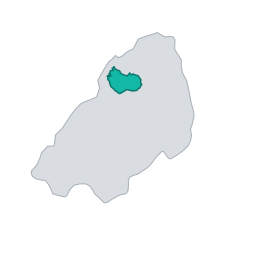 Bhutan, with Daga highlighted, rotated 130°
{"feature_id": "BTN-2434", "entity_name": "Daga", "entity_type": "District", "adm_level": 1, "iso_a3": "BTN", "parent_name": "Bhutan", "parent_adm1": "", "projection": "natural_earth1", "projection_center": [89.858, 27.036], "detail": "fine", "context": "in_parent", "style": "filled", "palette": "teal", "viewbox_px": 256, "rotation_deg": 130, "n_neighbors": 0, "source": "natural_earth", "source_scale": "10m", "svg_char_len": 2680}
<svg xmlns="http://www.w3.org/2000/svg" viewBox="0 0 256 256"><g transform="rotate(130 128 128)"><path d="M200.0,109.9L199.7,111.5L198.0,115.8L197.0,120.5L197.9,124.3L201.6,128.9L206.7,132.6L213.1,132.8L219.0,131.4L221.3,132.0L224.5,138.1L226.8,143.4L223.8,148.8L222.1,153.6L221.5,157.0L221.9,158.5L223.8,161.2L226.1,165.9L226.4,170.2L225.0,173.1L222.0,174.5L218.7,174.1L216.1,174.1L212.7,174.6L207.5,176.2L202.6,178.3L193.5,177.9L189.9,173.6L188.1,173.6L179.9,179.1L170.8,178.2L154.4,180.0L147.5,180.4L140.4,179.8L136.9,178.7L130.2,174.8L124.2,172.0L118.1,174.6L115.9,175.0L111.0,181.7L100.4,183.8L89.8,185.4L86.6,184.6L80.6,184.2L80.4,182.6L80.6,181.1L79.2,179.9L76.8,178.7L72.6,178.2L67.3,176.5L64.2,174.9L53.3,177.3L47.0,173.8L39.8,169.0L36.1,166.9L34.8,159.5L33.6,157.1L30.7,154.6L29.2,151.6L30.4,148.6L37.6,142.9L38.2,141.6L41.5,131.0L46.2,127.2L50.7,121.8L54.1,113.4L60.8,104.7L68.1,95.8L73.1,88.5L76.4,85.1L83.2,81.5L88.9,79.3L92.9,74.5L97.7,71.8L102.6,70.6L109.9,71.2L116.7,72.9L124.2,75.4L125.1,77.3L124.5,80.8L123.4,84.3L123.3,86.1L124.5,87.0L131.8,87.7L140.9,87.2L145.9,87.6L157.2,90.9L160.5,93.2L163.9,94.9L167.3,94.6L171.5,90.9L176.0,87.7L178.8,87.2L180.8,88.2L184.4,91.2L191.8,94.1L198.4,96.2L200.6,98.2L199.9,107.0L200.0,109.9Z" fill="#d9dde1" stroke="#a8b0b8" stroke-width="1"/><path d="M90.0,144.7L91.2,145.5L93.0,145.3L93.5,145.5L94.4,146.2L95.1,146.9L96.4,148.0L96.9,148.8L97.4,149.5L97.5,149.8L97.8,150.7L98.6,152.2L100.0,154.2L102.4,154.5L104.7,155.6L105.6,155.7L107.2,156.8L107.5,159.1L107.1,160.3L107.6,161.0L107.5,162.6L107.3,164.8L107.3,165.1L107.3,167.1L106.7,169.0L105.8,170.1L105.2,171.2L104.2,171.9L104.0,172.4L104.0,172.7L103.9,173.4L103.9,173.7L104.0,174.3L104.0,174.5L101.8,176.1L101.6,176.4L101.4,176.7L101.5,176.8L101.8,176.9L101.7,177.2L101.5,177.3L101.1,177.2L100.9,177.0L100.7,176.7L100.7,176.2L100.5,175.6L100.4,175.1L99.8,174.7L99.6,174.7L99.5,174.9L99.5,175.5L99.4,176.0L99.3,176.6L99.0,177.2L98.8,177.4L98.6,177.4L98.4,177.3L98.3,177.2L98.2,176.8L98.1,176.4L97.8,177.3L97.5,177.5L95.9,178.2L95.4,178.2L95.0,178.0L94.4,177.3L94.0,176.9L93.2,176.5L92.8,176.6L92.7,176.7L92.7,177.3L92.7,177.6L92.6,177.9L92.5,178.1L92.4,178.5L91.6,178.1L91.4,178.1L91.0,178.0L90.7,178.1L89.6,178.4L90.0,178.1L90.1,177.9L90.5,177.0L90.6,176.5L90.8,175.6L90.8,174.7L90.8,174.0L90.5,173.1L89.8,172.0L89.7,171.7L89.8,170.8L90.8,168.6L90.0,165.4L89.7,164.5L88.5,162.0L84.8,162.0L85.0,161.0L85.1,160.7L85.2,160.3L84.9,159.5L83.5,159.0L82.3,155.5L81.5,154.1L82.0,152.1L82.3,150.5L82.6,149.6L82.8,149.1L83.2,148.8L83.5,148.7L84.1,148.4L84.5,148.1L85.0,147.6L85.4,146.9L85.9,145.4L86.6,145.5L90.0,144.7Z" fill="#14b8a6" stroke="#0f766e" stroke-width="1.5"/></g></svg>